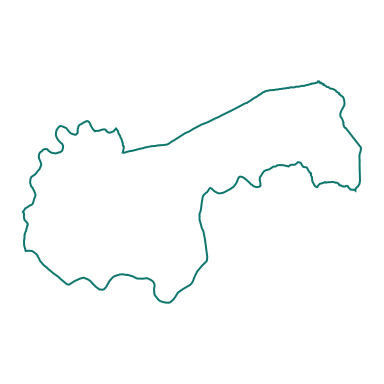 the district of Sedhiou, Sédhiou, Senegal
{"feature_id": "50182788B34006486463131", "entity_name": "Sedhiou", "entity_type": "district", "adm_level": 2, "iso_a3": "SEN", "parent_name": "Senegal", "parent_adm1": "Sédhiou", "projection": "natural_earth1", "projection_center": [-15.59, 12.794], "detail": "fine", "context": "isolated", "style": "outline", "palette": "teal", "viewbox_px": 384, "rotation_deg": 0, "n_neighbors": 0, "source": "geoboundaries", "source_scale": "gbopen_adm2", "svg_char_len": 5904}
<svg xmlns="http://www.w3.org/2000/svg" viewBox="0 0 384 384"><path d="M25.7,251.0L27.4,250.8L30.3,250.8L32.3,251.1L35.5,253.4L37.4,255.2L37.6,255.9L40.3,261.3L42.3,263.4L43.3,264.8L47.2,267.9L48.5,269.3L50.6,271.0L53.9,273.7L58.4,276.8L59.8,278.3L66.6,284.0L67.9,284.5L69.1,284.6L74.9,280.9L77.4,279.9L78.7,279.1L82.1,278.0L83.8,277.7L88.5,279.7L91.1,281.7L91.9,282.9L96.1,287.0L99.5,289.5L101.9,289.6L102.5,289.8L104.3,289.1L105.9,287.2L107.0,285.6L107.5,284.3L108.2,283.6L108.5,282.7L109.7,280.7L113.0,277.1L113.9,276.6L114.6,276.1L116.1,275.7L116.9,275.3L118.0,275.2L119.3,274.6L120.2,274.5L121.2,274.3L123.9,274.4L126.4,275.0L127.1,274.8L129.1,275.2L130.1,275.7L132.6,276.2L133.5,276.8L136.7,278.4L138.5,278.6L140.2,278.6L142.8,278.7L146.9,278.2L148.5,278.7L151.4,280.3L153.0,281.5L153.6,282.5L154.3,284.0L154.6,285.3L154.5,286.3L154.1,288.3L154.1,290.3L154.4,294.3L155.2,295.7L158.3,299.6L159.9,300.9L161.6,301.5L162.6,302.0L165.1,302.4L166.3,302.7L168.5,302.7L170.0,302.4L171.9,300.9L173.7,299.1L175.5,296.6L177.9,292.6L181.4,290.1L185.9,287.3L190.0,285.0L191.5,283.5L192.0,282.8L192.9,281.2L195.3,275.1L196.4,273.3L196.7,272.3L197.4,271.3L202.0,265.7L206.6,261.2L206.9,260.4L207.2,258.3L207.2,256.3L204.8,238.3L204.0,234.7L203.5,231.6L201.7,227.7L200.0,221.2L199.6,220.3L199.5,219.6L199.6,217.3L199.5,213.9L200.5,211.3L201.0,209.0L201.1,207.7L201.4,206.3L201.4,205.2L202.6,197.6L203.3,195.4L205.6,193.2L207.2,192.0L207.6,191.3L208.3,190.6L209.3,188.7L210.3,187.9L211.6,188.6L213.9,190.8L215.7,192.0L218.6,193.4L221.2,193.2L223.4,192.7L229.5,189.5L230.4,189.0L231.9,187.8L233.3,187.1L235.8,184.0L236.8,182.0L238.4,178.2L238.9,177.3L239.8,176.7L240.9,176.7L242.8,177.2L245.8,179.3L249.6,182.8L251.0,184.3L252.2,185.0L252.8,185.6L253.7,186.2L255.6,186.9L256.7,187.1L258.5,187.0L260.2,186.1L260.5,185.4L260.3,182.7L259.7,179.7L259.8,177.7L260.5,176.3L261.0,175.9L262.0,174.1L263.9,171.4L265.4,170.4L269.4,169.3L273.4,166.6L275.7,166.5L277.2,165.4L278.7,165.1L283.7,165.2L285.2,165.7L287.7,166.1L288.2,166.5L289.2,166.0L290.6,164.9L291.7,164.7L294.1,164.8L294.8,164.7L296.5,163.5L297.9,162.2L298.6,162.2L300.6,162.8L301.2,163.4L301.6,164.7L302.0,165.2L303.0,166.6L303.5,167.0L306.0,167.3L307.0,167.8L308.9,171.3L310.2,172.9L310.9,173.1L311.1,173.8L310.9,174.6L310.9,175.3L312.0,177.2L312.1,179.2L312.4,181.4L314.8,185.9L316.3,186.9L316.7,187.1L317.4,187.0L318.2,185.5L319.7,183.9L324.1,182.6L324.8,182.1L325.6,182.6L328.7,182.2L330.2,182.2L332.6,181.9L334.3,182.2L335.2,182.7L336.4,182.6L337.4,182.9L338.4,183.6L338.7,184.4L339.0,184.4L339.4,184.7L339.6,185.3L341.1,185.5L341.6,185.9L343.2,186.4L343.8,186.7L345.3,186.4L346.1,185.9L346.6,185.8L347.5,186.1L348.2,186.7L348.3,187.4L350.7,189.6L353.8,189.8L354.6,190.0L355.4,190.6L355.4,189.4L356.0,188.2L357.9,186.4L359.2,184.5L359.5,183.7L360.0,180.7L359.6,166.9L359.6,161.8L359.7,160.9L359.4,157.3L359.6,154.3L360.5,151.5L361.0,148.0L360.8,147.4L346.2,128.6L345.7,128.0L344.8,127.7L344.0,126.4L343.7,125.4L343.3,123.2L343.5,122.5L342.0,118.6L340.6,116.7L340.3,115.5L340.3,113.7L341.3,110.9L344.4,105.1L344.5,103.0L344.1,100.0L343.6,98.2L342.8,96.8L340.3,95.1L340.0,94.6L339.2,94.1L339.3,93.8L338.8,92.8L338.0,92.6L336.6,91.7L335.3,90.2L333.4,89.2L331.5,88.7L330.7,88.7L329.8,88.3L328.7,87.2L327.3,87.0L326.4,86.6L325.6,85.7L324.0,85.2L323.7,84.3L323.1,84.4L323.0,83.8L321.6,83.5L321.2,82.8L320.6,82.6L320.1,83.0L319.3,81.7L318.9,81.3L318.1,81.3L317.6,82.5L316.3,82.7L315.2,83.1L312.7,83.6L311.9,83.5L311.3,84.0L310.4,84.0L308.0,85.0L307.1,84.9L303.8,86.0L302.9,85.8L302.1,85.8L298.1,86.8L297.3,86.6L295.7,86.7L294.9,87.2L293.0,87.5L291.2,87.2L290.0,87.5L289.2,88.0L288.0,87.8L286.0,88.3L284.1,88.4L281.7,88.9L278.8,89.2L277.6,89.5L276.2,89.5L274.9,89.9L269.5,90.3L267.4,90.9L266.2,90.9L265.6,91.1L264.7,91.8L264.1,91.9L262.6,92.6L262.0,93.0L260.8,94.1L259.9,94.6L258.6,95.1L256.9,96.7L255.4,97.3L247.1,102.8L244.8,103.5L243.5,104.2L233.4,109.6L222.9,114.7L217.9,117.4L215.0,118.5L208.0,122.1L201.9,124.4L193.1,129.0L189.4,131.4L185.1,133.2L173.9,140.4L171.8,141.5L168.6,143.8L166.9,144.6L162.6,145.1L158.0,145.4L155.0,146.0L151.6,146.2L145.4,147.4L142.6,148.3L140.3,148.7L131.9,150.9L130.2,151.0L126.7,151.9L125.3,152.4L123.4,152.8L122.7,152.6L123.8,147.9L123.8,146.7L123.7,146.1L123.0,145.7L122.8,144.8L122.9,143.0L122.4,142.4L121.4,138.9L121.2,138.4L120.5,137.6L120.1,136.0L119.1,134.3L118.6,133.9L118.6,133.1L118.3,132.5L117.9,131.2L117.1,129.8L116.6,129.2L116.2,129.2L115.9,128.6L114.9,129.8L114.4,130.2L113.8,131.2L112.0,132.0L110.6,132.4L110.0,132.7L108.5,132.5L107.8,132.2L106.5,131.1L106.2,130.3L105.4,129.6L104.6,129.4L102.9,129.4L101.6,129.9L100.2,130.1L99.4,130.7L95.7,131.0L94.9,131.3L93.8,130.2L92.7,128.9L91.1,126.1L89.1,122.0L87.6,121.1L86.7,121.1L83.3,122.7L81.4,124.0L80.0,124.6L78.6,125.9L77.8,128.9L77.6,130.9L77.8,131.9L77.5,133.1L76.6,133.8L76.3,134.4L76.0,134.4L75.8,134.6L74.5,134.7L71.2,133.5L70.4,133.0L68.2,130.6L66.7,128.7L65.9,127.9L61.6,126.1L59.7,126.2L58.3,127.6L56.8,129.7L56.0,132.2L55.9,135.6L57.6,139.3L60.1,142.2L62.4,144.1L62.7,145.2L63.1,145.8L62.9,148.4L62.1,150.8L60.0,152.3L58.3,152.5L57.1,153.1L55.1,153.4L51.6,152.7L50.3,152.1L48.3,150.5L47.4,149.3L44.8,149.0L42.9,149.9L42.3,150.8L40.1,152.4L39.3,153.7L38.9,155.5L38.8,156.5L39.1,158.5L40.6,162.0L41.3,164.5L40.7,166.4L39.5,169.1L38.0,170.7L36.4,172.9L35.3,174.3L33.4,175.5L32.5,176.2L31.5,176.8L30.5,178.9L30.1,182.3L30.9,185.9L32.8,188.2L32.8,188.5L34.0,190.6L35.3,193.9L35.4,195.7L35.1,196.9L34.6,197.8L33.8,200.2L33.5,201.6L32.5,204.1L31.1,205.1L29.8,205.5L27.6,207.1L25.5,208.2L23.7,210.9L23.1,211.4L23.0,211.7L23.4,211.7L23.5,212.5L24.1,214.1L23.9,217.1L24.3,219.0L24.6,220.0L26.1,221.5L27.7,223.6L27.8,224.9L27.3,225.3L27.1,226.6L26.3,229.6L26.3,230.1L25.9,231.3L25.4,232.1L24.6,234.7L24.4,235.2L24.6,236.5L24.4,237.7L24.5,238.5L24.1,239.8L24.0,242.1L24.1,242.8L24.1,244.7L24.2,245.6L25.7,251.0Z" fill="none" stroke="#0f766e" stroke-width="2"/></svg>